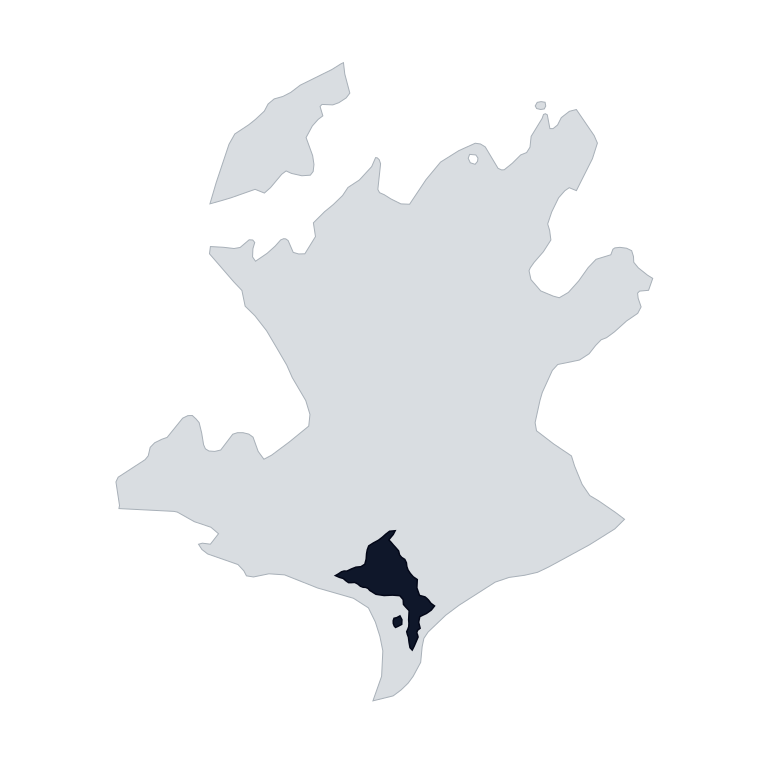 location of Abşeron within Azerbaijan, rotated 95°
{"feature_id": "AZE-1690", "entity_name": "Abşeron", "entity_type": "District", "adm_level": 1, "iso_a3": "AZE", "parent_name": "Azerbaijan", "parent_adm1": "", "projection": "mercator", "projection_center": [49.385, 40.295], "detail": "fine", "context": "in_parent", "style": "filled", "palette": "ink", "viewbox_px": 768, "rotation_deg": 95, "n_neighbors": 0, "source": "natural_earth", "source_scale": "10m", "svg_char_len": 4561}
<svg xmlns="http://www.w3.org/2000/svg" viewBox="0 0 768 768"><g transform="rotate(95 384 384)"><path d="M531.2,637.2L528.0,636.9L504.9,642.5L500.0,640.7L480.2,615.4L476.1,612.6L467.5,611.4L462.5,607.3L458.4,600.5L456.1,595.4L435.6,581.6L432.6,576.6L432.1,572.2L435.2,568.2L438.6,564.8L448.6,561.4L460.3,558.4L464.1,556.3L466.0,552.6L465.9,546.7L464.0,540.9L447.2,530.3L445.3,525.8L444.8,520.2L445.7,514.3L448.4,509.8L462.1,503.5L469.4,497.1L464.8,489.9L450.1,473.4L432.5,455.3L420.8,455.1L407.3,460.5L385.7,475.9L373.7,482.5L358.1,493.5L341.2,505.6L327.3,518.5L318.6,529.1L303.2,533.7L295.3,542.6L269.5,569.2L262.2,568.9L261.8,555.7L262.1,545.2L260.5,539.2L252.1,530.9L252.0,527.3L254.3,525.1L260.7,526.4L268.9,526.0L272.9,522.7L264.0,511.8L256.2,504.5L249.5,499.5L248.0,496.6L248.0,494.5L249.5,492.0L260.8,485.9L261.9,480.4L261.2,474.2L243.1,465.1L229.6,468.4L217.5,458.2L209.7,450.2L199.9,441.7L191.3,437.0L182.9,426.3L168.5,415.2L159.2,412.1L159.3,410.4L161.0,408.3L164.9,406.6L190.7,407.1L193.8,405.1L195.4,400.3L199.0,393.3L203.1,382.9L202.7,374.2L176.8,360.0L158.0,347.0L145.0,329.8L136.2,314.1L136.5,308.8L139.0,303.8L159.2,289.2L160.5,285.5L160.1,282.9L152.9,275.4L143.9,267.8L141.0,262.1L135.4,259.2L124.5,259.0L105.6,249.6L101.6,248.6L100.7,246.8L101.6,244.8L115.1,241.0L114.9,237.9L110.9,233.7L103.2,230.6L96.2,223.1L93.8,216.3L118.2,196.3L125.4,192.4L141.4,196.0L174.6,209.2L172.3,216.6L175.7,220.7L183.3,226.3L197.9,231.9L210.3,234.9L216.5,232.4L226.0,230.3L238.4,236.8L249.8,245.1L255.5,248.4L258.5,249.4L267.2,246.7L277.6,236.0L281.7,223.1L282.8,216.9L276.7,208.3L264.3,199.0L250.3,190.8L241.3,183.6L235.5,169.3L229.8,167.7L228.3,165.9L227.3,161.0L227.6,154.2L229.6,148.9L235.2,146.6L241.0,145.8L246.1,140.8L252.6,131.0L255.4,125.5L267.6,128.6L269.2,137.5L271.4,139.3L276.4,138.3L284.8,134.6L291.5,137.4L300.1,147.9L312.0,159.0L318.5,166.4L321.0,171.5L327.1,176.5L336.0,182.3L343.1,191.4L349.4,212.6L355.8,217.5L378.7,225.6L386.8,227.2L409.3,230.1L417.3,228.0L428.9,209.8L439.3,191.0L449.1,187.0L466.7,177.9L477.2,169.3L481.7,160.0L491.6,142.5L497.8,132.6L508.2,141.4L526.2,165.2L551.8,203.8L558.2,214.6L562.3,227.3L565.8,242.6L571.7,256.0L597.8,289.9L609.0,302.4L627.3,318.5L633.9,322.1L642.4,323.1L658.1,323.2L672.7,329.5L679.9,333.9L687.3,340.3L693.9,347.7L700.6,367.4L675.4,360.9L650.0,361.9L635.7,366.1L621.8,371.9L608.4,380.0L600.1,395.8L593.0,432.4L582.8,466.4L583.1,482.1L587.6,497.2L587.1,504.3L582.4,507.3L576.6,513.7L568.7,544.8L564.8,550.9L559.8,554.8L558.4,551.1L558.7,543.0L547.6,535.8L541.8,543.9L537.7,560.9L529.6,578.8L529.2,582.2L531.2,637.2ZM156.1,317.3L157.2,312.4L154.0,310.2L150.7,310.1L147.8,312.5L147.8,318.7L151.8,319.8L156.1,317.3ZM72.9,460.2L69.1,455.2L67.4,452.4L78.6,450.1L97.2,443.4L102.3,446.6L107.7,453.5L110.4,459.3L110.9,470.2L113.1,471.9L122.2,468.3L126.2,472.7L133.2,477.9L145.3,483.1L162.7,475.0L171.4,472.9L178.5,473.1L182.4,475.6L183.7,484.0L182.3,494.4L180.3,500.1L184.0,504.2L198.3,514.2L204.2,519.8L201.3,529.4L211.9,552.8L215.5,561.9L219.7,573.1L197.9,568.7L158.7,559.3L147.9,554.4L137.6,541.4L131.6,535.1L122.6,527.0L115.2,523.9L109.6,518.3L106.4,509.9L101.7,502.4L93.6,493.5L75.3,463.4L72.9,460.2ZM96.3,255.9L93.8,257.6L90.1,255.9L89.0,252.1L89.3,248.1L93.0,247.1L96.0,248.3L96.9,251.9L96.3,255.9Z" fill="#d9dde1" stroke="#a8b0b8" stroke-width="1"/><path d="M554.6,386.6L550.5,386.2L546.6,385.1L543.3,380.8L540.1,375.9L536.8,372.3L533.3,369.0L530.2,365.6L529.2,360.1L533.1,361.7L536.7,364.2L538.9,365.6L540.9,363.3L543.4,360.8L545.8,358.2L549.0,354.9L552.9,353.6L555.2,351.3L556.9,348.0L560.1,346.1L563.7,345.4L567.1,343.9L570.4,341.3L573.5,338.1L575.9,333.8L584.2,333.5L591.5,330.2L592.0,327.4L592.5,324.6L593.8,322.7L595.3,320.9L598.4,318.1L600.7,314.3L605.1,317.2L608.9,321.7L610.8,325.0L612.7,328.1L618.4,328.7L624.2,326.7L626.4,329.1L629.0,329.7L631.0,328.7L633.1,328.0L637.8,329.5L642.6,331.1L646.6,332.7L644.4,335.1L639.3,336.5L634.1,337.6L631.4,338.9L628.7,339.8L626.2,338.9L623.6,338.2L620.2,338.3L616.8,338.9L607.6,339.2L604.6,342.6L601.9,345.4L597.1,346.1L593.5,349.8L593.6,357.3L594.7,365.5L594.2,373.7L590.9,380.2L589.0,382.1L588.2,384.6L588.3,387.1L587.5,389.9L585.5,392.7L584.2,395.9L584.7,399.0L585.0,402.0L583.3,404.9L581.3,407.6L580.5,411.6L579.1,415.7L577.0,412.7L574.8,410.0L573.8,407.5L573.6,404.6L571.1,400.4L568.9,396.0L568.0,391.1L565.2,387.4L560.0,386.5L554.6,386.6ZM619.0,354.2L616.5,353.6L615.6,350.9L613.9,348.3L613.6,347.9L617.2,345.6L621.9,345.4L624.3,349.1L625.5,351.3L624.2,352.7L621.7,353.9L619.0,354.2Z" fill="#0f172a" stroke="#020617" stroke-width="1.5"/></g></svg>